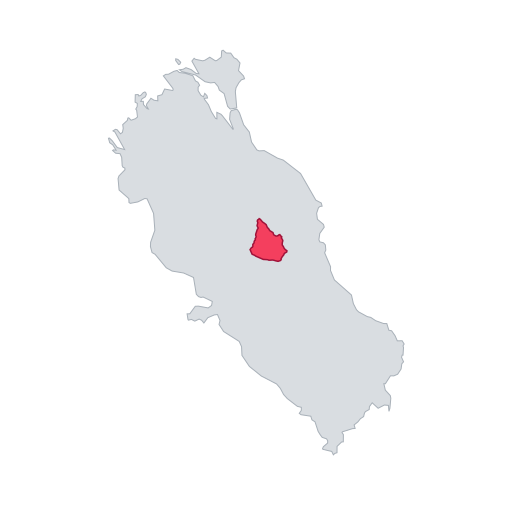 location of Yozgat within Turkey, rotated 57°
{"feature_id": "TUR-3026", "entity_name": "Yozgat", "entity_type": "Province", "adm_level": 1, "iso_a3": "TUR", "parent_name": "Turkey", "parent_adm1": "", "projection": "orthographic", "projection_center": [35.159, 39.624], "detail": "fine", "context": "in_parent", "style": "filled", "palette": "rose", "viewbox_px": 512, "rotation_deg": 57, "n_neighbors": 0, "source": "natural_earth", "source_scale": "10m", "svg_char_len": 4859}
<svg xmlns="http://www.w3.org/2000/svg" viewBox="0 0 512 512"><g transform="rotate(57 256 256)"><path d="M383.9,183.1L390.6,185.0L392.6,183.0L398.6,182.8L404.1,183.7L406.7,179.6L410.5,179.7L411.4,181.6L413.2,182.2L419.2,186.7L418.7,187.4L420.2,189.1L425.1,189.9L425.8,192.4L429.8,195.9L432.3,201.6L431.6,205.7L429.7,208.5L433.6,217.1L432.7,218.3L438.9,220.6L446.2,219.4L448.7,220.4L456.6,226.6L458.7,229.1L453.4,226.3L450.9,229.5L450.2,236.5L442.4,238.5L444.1,242.9L446.4,244.7L446.1,249.0L446.8,250.6L449.3,253.2L449.3,257.0L450.6,260.9L451.1,265.7L454.6,266.8L453.3,269.2L450.5,279.3L450.9,280.0L453.4,280.0L459.4,284.0L458.6,285.5L459.8,291.7L465.1,295.2L464.5,297.4L464.9,299.4L461.2,298.9L454.6,305.2L453.8,305.1L452.6,303.3L451.9,297.8L450.0,296.5L447.8,296.4L444.1,299.3L440.5,299.5L436.9,299.4L427.2,296.8L423.9,298.3L420.2,297.3L413.6,304.7L411.5,305.4L410.2,302.1L407.6,300.4L404.6,303.2L392.7,307.4L387.2,308.3L380.3,307.7L374.6,308.4L359.6,316.9L345.0,321.7L331.7,321.9L324.2,317.5L318.5,316.6L301.7,324.3L293.3,324.3L290.5,321.3L284.1,320.2L282.7,323.1L281.5,330.0L283.8,336.2L280.2,336.6L277.9,338.1L277.3,342.8L274.0,344.7L273.0,347.6L272.4,347.7L267.0,345.3L268.4,343.0L265.1,334.3L266.7,331.6L273.5,324.4L273.3,320.2L270.3,317.4L261.6,322.7L260.8,324.7L258.8,326.3L255.6,326.9L240.0,320.1L230.8,326.0L222.9,334.6L217.0,337.7L199.6,339.7L196.5,341.3L190.6,339.4L187.1,336.9L179.3,326.8L164.5,318.7L148.7,316.2L147.2,318.0L146.3,325.6L143.4,332.7L142.0,333.4L138.6,331.4L126.1,334.9L115.9,329.5L114.2,327.3L112.3,318.9L110.8,318.1L109.1,319.2L107.3,319.0L100.1,314.9L96.1,314.3L93.4,317.7L89.4,318.8L89.3,317.8L91.1,315.7L84.8,315.6L81.3,317.0L76.9,315.6L77.2,314.7L81.0,313.8L89.5,313.3L95.2,308.2L75.2,306.8L73.2,307.8L73.2,304.9L74.4,303.7L79.7,303.1L79.6,300.7L76.6,297.8L73.2,296.2L72.2,290.0L70.5,288.3L70.8,287.5L74.1,286.8L75.2,282.4L74.9,279.7L68.8,276.7L67.3,276.8L66.0,274.3L63.4,272.4L61.1,273.6L55.0,269.4L56.4,266.9L58.0,267.1L58.5,265.1L57.6,261.6L57.9,259.8L59.3,259.5L60.8,260.0L62.2,262.1L62.1,266.0L63.6,268.5L64.9,266.3L67.7,267.9L73.0,267.1L74.1,266.2L70.3,266.0L69.0,264.9L66.5,258.2L69.8,256.7L72.4,253.8L68.2,251.3L69.5,247.0L66.2,241.7L71.7,235.9L71.6,235.0L70.1,234.4L54.5,235.6L54.5,232.8L55.9,230.4L56.4,224.3L57.4,221.1L60.3,220.4L64.2,215.9L70.4,210.8L76.2,211.4L78.6,210.1L82.1,210.3L82.9,212.6L85.8,214.5L91.2,214.7L93.9,213.4L91.7,210.4L94.8,209.8L97.1,210.6L95.6,213.6L96.3,213.9L103.3,213.5L110.5,214.8L118.6,215.0L119.7,214.1L114.2,210.6L118.0,208.2L120.1,207.8L137.1,206.4L137.2,205.8L127.0,203.7L121.9,199.8L120.6,197.7L122.0,193.0L123.2,191.9L126.9,191.9L139.3,194.9L148.4,194.1L158.1,197.7L167.5,197.5L169.5,196.2L172.1,191.7L185.6,184.7L190.4,180.9L211.1,173.7L241.7,175.4L247.1,172.4L250.2,173.4L249.3,175.4L249.5,177.3L253.2,181.9L258.7,184.5L266.3,182.2L269.0,183.1L271.8,190.2L276.6,194.4L278.9,194.8L281.7,192.2L284.5,191.8L289.0,194.2L290.7,196.7L305.6,199.3L308.7,201.4L318.8,203.3L340.7,197.2L349.0,200.3L355.8,201.0L358.7,200.4L367.4,195.7L370.0,193.2L375.4,190.9L382.1,185.8L383.9,183.1ZM101.1,169.1L100.3,172.3L101.3,175.9L104.0,181.1L106.9,183.8L121.3,191.5L118.7,197.6L115.0,198.3L102.4,194.3L96.9,196.4L93.2,195.5L87.9,196.2L86.1,199.8L82.1,203.8L71.3,208.1L60.9,217.7L58.1,218.8L59.7,215.4L59.9,212.2L64.3,208.9L70.4,206.7L72.1,204.6L57.6,203.6L56.5,200.2L58.0,199.7L63.3,194.4L64.0,192.2L64.1,186.5L70.1,183.8L70.7,182.5L70.3,176.8L65.3,173.1L65.5,171.5L69.5,170.4L72.1,166.7L77.7,166.5L80.5,164.9L85.4,164.3L91.0,169.7L98.3,168.4L101.1,169.1ZM53.3,216.6L48.3,216.9L46.9,215.9L48.6,214.4L52.5,213.6L53.6,215.4L53.3,216.6Z" fill="#d9dde1" stroke="#a8b0b8" stroke-width="1"/><path d="M257.8,225.2L259.3,226.8L261.0,228.0L263.0,227.9L264.7,228.2L265.7,228.1L266.7,227.9L267.6,227.5L268.5,227.2L269.4,228.1L269.3,229.7L269.3,230.8L269.7,231.6L270.1,231.9L270.3,232.6L271.0,234.6L272.0,236.5L272.8,236.9L273.0,237.5L273.1,238.1L272.5,240.4L270.9,242.0L269.1,243.5L268.3,244.4L267.7,245.5L267.1,246.6L266.5,247.5L265.5,248.2L264.7,249.2L262.8,251.8L255.8,256.4L254.8,256.7L252.4,258.3L247.4,257.5L247.1,256.8L246.8,256.1L246.6,255.5L246.5,254.9L246.7,254.2L246.2,253.4L244.5,252.3L244.2,251.2L243.8,250.3L243.1,249.9L242.5,249.2L242.3,248.7L242.2,248.1L242.1,247.7L241.4,247.5L241.1,247.4L240.5,246.1L239.6,245.2L238.5,245.0L237.6,244.4L234.6,240.7L234.3,240.1L234.1,239.5L233.7,238.9L232.0,238.8L231.0,238.5L229.9,237.2L228.8,236.2L227.7,236.1L227.2,235.7L226.8,235.3L226.6,234.7L226.7,234.1L226.6,233.5L226.4,233.0L227.6,232.4L231.0,232.0L233.1,231.1L235.2,230.4L238.5,231.0L239.7,230.5L240.6,230.6L242.3,230.6L245.6,229.0L247.4,229.5L248.4,229.4L250.1,228.4L250.7,227.6L250.7,227.1L250.9,226.5L251.0,226.0L250.7,225.7L251.0,224.4L253.0,224.2L253.9,223.9L254.1,224.0L254.3,224.6L254.7,224.9L255.6,224.9L256.7,224.9L257.8,225.2Z" fill="#f43f5e" stroke="#9f1239" stroke-width="1.5"/></g></svg>